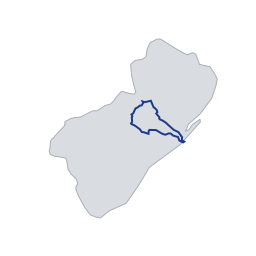 San Vicente highlighted on a map of El Salvador, rotated 291°
{"feature_id": "SLV-1353", "entity_name": "San Vicente", "entity_type": "Department", "adm_level": 1, "iso_a3": "SLV", "parent_name": "El Salvador", "parent_adm1": "", "projection": "equal_earth", "projection_center": [-88.756, 13.536], "detail": "coarse", "context": "in_parent", "style": "outline", "palette": "blue", "viewbox_px": 256, "rotation_deg": 291, "n_neighbors": 0, "source": "natural_earth", "source_scale": "10m", "svg_char_len": 1666}
<svg xmlns="http://www.w3.org/2000/svg" viewBox="0 0 256 256"><g transform="rotate(291 128 128)"><path d="M92.2,62.1L94.3,62.6L107.5,68.0L111.4,66.9L116.4,71.3L118.8,74.7L120.9,79.4L131.4,88.9L133.1,93.1L140.9,98.7L144.1,103.0L147.4,104.7L153.9,106.4L159.5,108.6L160.2,110.2L160.7,116.5L161.9,121.9L164.6,122.3L167.8,119.7L178.3,112.5L188.2,107.7L193.8,110.6L197.1,116.5L200.9,119.2L208.7,117.6L215.8,118.1L221.4,123.3L222.7,126.3L219.3,143.7L218.1,151.1L217.5,157.4L219.5,159.0L221.5,161.5L221.1,164.9L215.0,170.4L213.0,171.9L214.5,182.6L209.9,189.1L205.7,193.8L198.4,195.0L185.9,195.5L167.1,190.3L153.3,183.0L145.8,183.0L148.2,185.4L154.1,186.9L161.8,192.0L159.6,193.4L131.4,182.8L98.9,162.0L79.4,158.7L57.1,153.3L44.0,140.2L34.1,134.5L33.3,129.5L33.4,124.0L37.9,116.6L46.3,106.7L51.8,101.5L54.4,100.5L58.1,101.0L61.6,98.2L64.6,91.3L67.8,86.9L75.8,82.4L77.6,80.7L77.0,76.8L75.3,69.4L75.5,64.8L78.2,62.7L81.3,62.3L87.8,60.5L90.6,60.8L92.2,62.1Z" fill="#d9dde1" stroke="#a8b0b8" stroke-width="1"/><path d="M135.4,185.4L134.3,184.6L134.5,181.4L134.9,180.2L137.5,178.0L137.1,172.7L138.2,169.8L137.5,167.9L135.2,165.4L135.0,164.4L134.9,162.0L136.1,154.9L133.9,148.7L132.6,148.4L129.9,149.2L129.7,144.4L129.2,142.3L131.1,139.5L132.8,133.0L132.9,129.9L133.3,129.2L135.1,129.7L139.4,127.7L140.4,127.9L141.9,126.4L143.4,127.6L149.0,128.0L150.6,129.6L153.1,131.0L153.9,132.6L156.7,133.2L158.0,132.0L158.2,134.5L161.6,139.6L156.6,144.4L156.1,146.2L155.0,148.4L153.4,149.7L151.6,149.2L149.2,153.5L147.9,153.8L147.5,154.7L147.3,157.9L146.6,161.1L142.7,171.2L142.2,176.6L138.8,181.8L136.3,182.5L135.7,183.6L135.4,185.4Z" fill="none" stroke="#1e3a8a" stroke-width="2"/></g></svg>